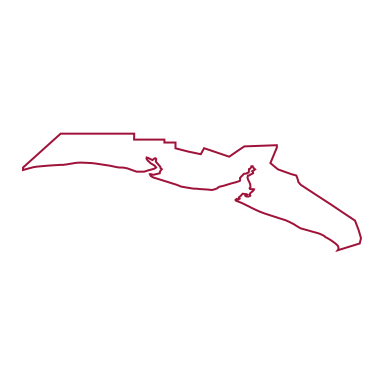 Yakutat, Alaska, United States of America (Natural Earth projection)
{"feature_id": "52423323B59860466047217", "entity_name": "Yakutat", "entity_type": "district", "adm_level": 2, "iso_a3": "USA", "parent_name": "United States of America", "parent_adm1": "Alaska", "projection": "natural_earth1", "projection_center": [-140.149, 59.666], "detail": "fine", "context": "isolated", "style": "outline", "palette": "rose", "viewbox_px": 384, "rotation_deg": 0, "n_neighbors": 0, "source": "geoboundaries", "source_scale": "gbopen_adm2", "svg_char_len": 2451}
<svg xmlns="http://www.w3.org/2000/svg" viewBox="0 0 384 384"><path d="M359.7,243.5L361.0,238.2L358.6,230.0L355.0,220.6L341.5,211.6L331.1,204.6L321.7,198.5L313.1,192.9L304.4,187.2L300.7,184.8L298.4,182.0L297.8,179.5L296.3,175.5L291.5,174.2L285.0,171.9L279.2,169.8L278.0,169.4L274.1,166.2L270.4,163.1L276.9,147.4L276.8,145.2L244.3,146.4L238.6,150.2L229.2,156.7L204.1,148.2L200.8,154.2L187.9,151.5L175.5,148.3L175.5,142.5L164.4,142.5L164.4,139.6L134.1,139.6L134.2,133.7L125.1,133.7L105.9,133.7L60.6,133.7L47.5,145.5L23.1,167.5L23.0,170.0L33.3,167.2L37.3,166.6L48.4,165.6L60.0,164.9L63.1,164.9L66.6,164.4L75.0,163.0L76.8,162.8L80.2,162.6L86.1,162.8L91.8,163.1L94.6,163.4L109.9,165.7L116.0,167.0L117.6,167.3L119.5,167.5L122.9,167.6L124.6,167.8L127.4,168.4L129.7,169.2L136.7,171.7L144.1,171.7L147.5,170.6L154.3,168.7L156.1,167.5L154.5,165.5L150.9,163.4L147.7,160.5L146.5,158.7L146.7,157.5L148.5,158.1L152.5,160.1L154.3,158.5L155.6,158.3L156.2,159.1L155.8,161.6L160.3,166.8L160.5,168.0L161.8,169.2L160.1,171.3L159.7,173.3L153.4,174.8L150.6,174.1L149.9,174.2L150.8,176.0L153.1,177.4L164.0,180.8L167.2,181.8L176.4,184.7L181.2,186.6L186.4,187.5L193.9,188.7L196.5,188.7L199.2,189.0L208.2,189.6L212.0,190.0L214.7,189.3L217.3,188.3L218.4,187.3L219.6,186.7L223.9,185.7L228.4,184.3L232.1,183.2L236.4,182.1L239.8,180.9L240.2,179.6L240.0,178.0L241.1,176.7L242.8,175.0L243.9,173.8L246.1,173.6L247.5,172.9L248.6,172.6L248.9,171.2L249.0,169.1L250.0,168.8L251.2,167.2L251.4,166.3L252.6,166.2L253.3,167.7L255.1,169.4L254.1,170.1L252.9,170.8L252.2,171.2L252.9,171.8L253.1,173.2L252.6,173.5L250.5,174.6L249.0,175.5L247.9,175.6L247.5,177.6L248.2,179.9L249.4,182.2L250.2,184.4L250.5,187.1L250.0,187.7L249.6,188.2L249.9,188.9L252.0,189.3L252.9,189.1L254.0,189.3L253.6,190.3L250.1,193.4L249.7,194.6L249.9,195.0L250.3,195.4L250.3,195.7L250.0,195.9L248.6,196.5L248.1,196.6L246.5,196.4L245.5,196.1L245.3,195.5L245.6,195.2L246.7,195.0L247.2,194.5L246.5,194.2L242.7,193.7L240.3,196.3L238.9,197.3L239.0,198.0L239.6,198.7L238.4,199.4L236.8,198.9L236.3,199.2L235.5,199.9L235.5,200.1L235.8,200.6L241.6,202.9L249.6,206.8L252.5,208.3L258.9,211.3L263.0,212.9L266.8,214.2L278.8,218.1L285.5,220.2L289.3,221.9L293.8,224.2L296.8,226.1L300.5,228.3L319.0,233.5L322.5,235.0L324.7,236.3L325.2,237.0L327.2,238.0L330.9,240.2L335.3,243.4L337.1,245.0L338.1,246.2L338.5,247.9L338.4,249.0L338.2,249.6L337.8,250.0L337.6,250.3L359.3,243.6L359.7,243.5Z" fill="none" stroke="#9f1239" stroke-width="2"/></svg>